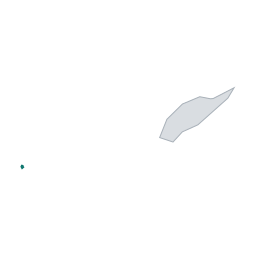 location of Rois, Palau, rotated 40°
{"feature_id": "81905179B53206837764533", "entity_name": "Rois", "entity_type": "district", "adm_level": 2, "iso_a3": "PLW", "parent_name": "Palau", "parent_adm1": "", "projection": "robinson", "projection_center": [134.13, 6.908], "detail": "fine", "context": "in_parent", "style": "filled", "palette": "teal", "viewbox_px": 256, "rotation_deg": 40, "n_neighbors": 0, "source": "geoboundaries", "source_scale": "gbopen_adm2", "svg_char_len": 554}
<svg xmlns="http://www.w3.org/2000/svg" viewBox="0 0 256 256"><g transform="rotate(40 128 128)"><path d="M171.5,109.8L158.4,115.0L152.2,96.3L154.3,74.6L162.9,57.9L172.4,52.6L174.3,50.7L183.4,29.0L185.3,41.0L179.5,80.6L172.1,96.0L171.5,109.8Z" fill="#d9dde1" stroke="#a8b0b8" stroke-width="1"/><path d="M72.3,225.0L71.7,224.5L70.7,224.9L70.7,225.0L70.8,225.1L70.9,225.4L70.9,225.5L70.9,225.8L70.9,226.0L71.0,226.3L71.0,226.1L71.1,226.3L71.4,226.4L71.6,226.5L72.8,227.0L73.1,225.2L72.3,225.0Z" fill="#14b8a6" stroke="#0f766e" stroke-width="1.5"/></g></svg>